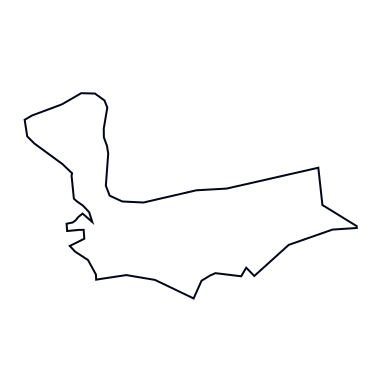 San Juan-Laventille, orthographic projection, rotated 266°
{"feature_id": "TTO-56", "entity_name": "San Juan-Laventille", "entity_type": "Region", "adm_level": 1, "iso_a3": "TTO", "parent_name": "Trinidad and Tobago", "parent_adm1": "", "projection": "orthographic", "projection_center": [-61.431, 10.671], "detail": "fine", "context": "isolated", "style": "outline", "palette": "ink", "viewbox_px": 384, "rotation_deg": 266, "n_neighbors": 0, "source": "natural_earth", "source_scale": "10m", "svg_char_len": 831}
<svg xmlns="http://www.w3.org/2000/svg" viewBox="0 0 384 384"><g transform="rotate(266 192 192)"><path d="M111.2,90.3L116.4,90.4L131.4,83.5L140.6,71.3L146.7,66.3L152.9,81.3L161.8,81.3L162.1,77.2L161.8,64.7L169.1,64.7L169.9,70.8L171.9,74.0L174.8,76.6L178.1,81.3L169.1,90.4L179.0,88.0L186.0,82.3L190.7,76.5L193.6,73.7L216.7,73.0L219.0,73.7L228.8,64.8L251.4,38.1L259.0,31.5L275.7,30.1L279.5,37.8L288.5,68.3L298.3,88.4L297.0,102.0L289.4,111.1L282.1,113.4L261.4,108.4L252.7,107.9L243.9,110.4L236.2,111.1L204.3,106.5L194.1,109.6L187.4,121.8L184.9,142.9L193.4,196.4L193.0,226.7L207.4,319.7L169.9,321.2L146.5,353.9L144.6,353.9L144.7,329.5L132.5,284.8L103.9,248.3L112.7,240.8L104.5,235.2L109.4,209.7L107.5,204.4L102.8,195.3L85.7,186.2L106.9,148.9L113.7,120.7L111.7,95.3L111.2,90.3Z" fill="none" stroke="#020617" stroke-width="2"/></g></svg>